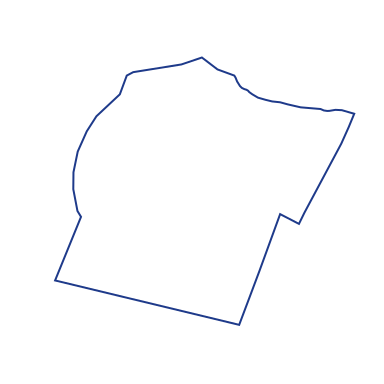 the district of Stewart, Tennessee, United States of America, rotated 112°
{"feature_id": "52423323B53848187527532", "entity_name": "Stewart", "entity_type": "district", "adm_level": 2, "iso_a3": "USA", "parent_name": "United States of America", "parent_adm1": "Tennessee", "projection": "orthographic", "projection_center": [-87.951, 36.503], "detail": "fine", "context": "isolated", "style": "outline", "palette": "blue", "viewbox_px": 384, "rotation_deg": 112, "n_neighbors": 0, "source": "geoboundaries", "source_scale": "gbopen_adm2", "svg_char_len": 677}
<svg xmlns="http://www.w3.org/2000/svg" viewBox="0 0 384 384"><g transform="rotate(112 192 192)"><path d="M297.5,98.5L268.0,99.2L239.8,99.9L179.5,102.0L181.5,80.9L169.0,80.0L91.3,71.7L73.0,71.0L58.7,70.9L60.0,83.7L62.1,89.8L65.3,95.0L66.2,97.0L67.0,100.3L66.9,103.9L72.8,123.0L74.9,136.1L75.8,143.9L78.0,151.6L79.0,158.5L79.8,166.2L78.8,172.8L77.9,176.4L77.1,177.9L76.8,179.8L77.0,182.0L76.8,184.8L75.8,187.2L72.6,191.6L69.7,194.4L68.2,196.4L68.8,214.3L63.6,233.2L77.7,249.6L102.9,291.4L108.5,296.1L128.5,295.5L157.6,309.0L175.1,312.3L197.3,313.1L218.1,309.3L233.9,303.1L252.5,291.1L256.6,285.6L325.3,285.8L297.5,98.5Z" fill="none" stroke="#1e3a8a" stroke-width="2"/></g></svg>